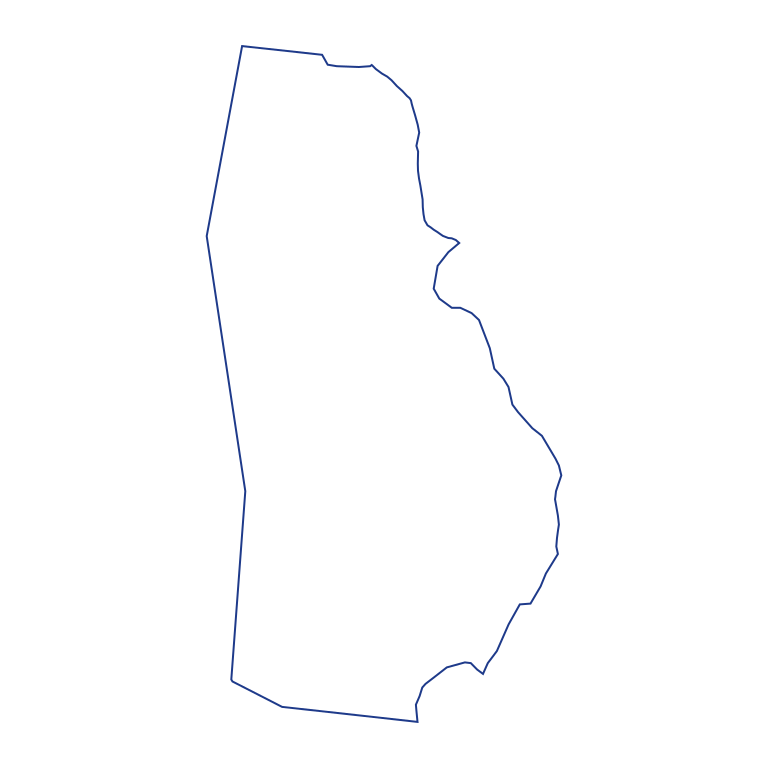 Ti Colon, Anse-la-Raye, Saint Lucia (Equal Earth projection)
{"feature_id": "8701671B77297874442969", "entity_name": "Ti Colon", "entity_type": "district", "adm_level": 2, "iso_a3": "LCA", "parent_name": "Saint Lucia", "parent_adm1": "Anse-la-Raye", "projection": "equal_earth", "projection_center": [-61.001, 13.971], "detail": "fine", "context": "isolated", "style": "outline", "palette": "blue", "viewbox_px": 768, "rotation_deg": 0, "n_neighbors": 0, "source": "geoboundaries", "source_scale": "gbopen_adm2", "svg_char_len": 1346}
<svg xmlns="http://www.w3.org/2000/svg" viewBox="0 0 768 768"><path d="M242.1,46.1L206.7,236.1L245.3,491.2L231.3,679.5L231.7,680.2L232.5,681.5L282.1,706.9L360.1,715.5L417.5,721.9L416.4,710.5L415.9,704.7L419.6,696.1L422.3,687.5L425.5,683.9L433.7,677.6L446.8,667.4L464.9,662.4L470.8,663.1L477.2,669.6L483.0,673.9L487.8,663.1L491.9,657.7L496.9,651.0L507.9,626.0L508.6,624.4L519.8,604.4L530.5,603.6L531.2,602.4L540.6,586.4L545.9,573.5L557.9,554.0L556.3,546.5L557.0,537.9L558.1,529.7L558.9,524.6L557.9,515.6L555.4,501.4L555.0,499.3L555.4,496.6L556.0,491.2L558.2,484.6L561.3,475.4L558.9,465.5L555.5,458.7L541.9,435.8L532.3,428.2L518.1,412.2L512.4,404.6L508.5,387.0L503.4,378.7L494.3,368.7L489.8,348.2L479.0,320.0L471.6,313.1L460.3,307.8L451.8,307.8L439.3,298.6L433.7,288.7L437.6,265.9L448.4,252.1L459.2,243.0L455.8,240.0L451.7,238.3L448.3,238.0L442.9,235.9L440.0,233.9L437.5,232.1L433.7,229.7L430.6,227.3L427.5,225.3L424.6,220.3L423.5,214.1L422.8,207.2L422.6,199.4L421.5,192.6L420.4,185.7L419.0,178.4L418.0,170.7L417.8,163.6L418.1,151.5L416.4,145.9L419.2,132.6L417.7,124.7L415.1,115.3L412.7,107.3L411.7,103.7L411.0,100.4L409.6,98.2L407.0,96.0L402.4,91.0L396.9,86.1L391.5,80.2L387.2,76.6L382.0,73.6L375.9,69.1L372.4,65.6L371.7,65.0L370.1,66.2L358.9,67.0L336.8,66.2L327.7,64.7L322.1,54.8L242.1,46.1Z" fill="none" stroke="#1e3a8a" stroke-width="2"/></svg>